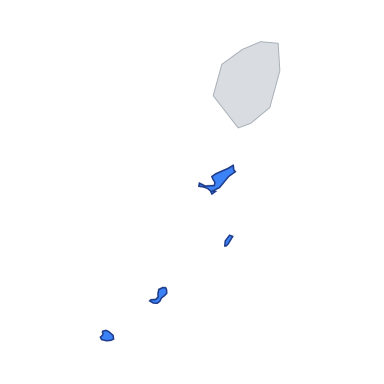 Grenadines highlighted on a map of Saint Vincent and the Grenadines, rotated 9°
{"feature_id": "VCT-5064", "entity_name": "Grenadines", "entity_type": "Parish", "adm_level": 1, "iso_a3": "VCT", "parent_name": "Saint Vincent and the Grenadines", "parent_adm1": "", "projection": "mercator", "projection_center": [-61.301, 12.818], "detail": "fine", "context": "in_parent", "style": "filled", "palette": "blue", "viewbox_px": 384, "rotation_deg": 9, "n_neighbors": 0, "source": "natural_earth", "source_scale": "10m", "svg_char_len": 1525}
<svg xmlns="http://www.w3.org/2000/svg" viewBox="0 0 384 384"><g transform="rotate(9 192 192)"><path d="M239.4,114.9L227.6,121.5L197.9,93.6L201.5,61.2L219.4,43.3L236.3,32.8L253.8,31.7L259.8,58.5L255.6,96.4L239.4,114.9ZM218.5,182.7L212.1,187.3L215.1,187.3L212.1,190.3L210.0,187.3L206.8,185.4L202.7,184.6L198.0,184.7L198.0,181.6L204.1,183.5L213.2,181.6L213.3,178.3L210.6,175.2L209.3,173.1L212.7,169.8L223.9,162.6L228.7,158.7L229.2,160.3L229.4,161.8L230.0,163.2L231.7,164.6L225.9,170.3L218.5,182.7ZM174.9,306.8L170.8,307.0L167.1,305.6L168.1,304.3L172.7,303.3L174.8,300.6L174.1,296.9L174.3,292.9L177.9,290.4L180.7,290.1L182.0,291.7L182.7,295.4L180.6,298.4L178.3,300.7L177.1,304.3L174.9,306.8Z" fill="#d9dde1" stroke="#a8b0b8" stroke-width="1"/><path d="M231.6,165.2L225.8,170.9L218.5,183.3L212.0,187.9L215.0,187.9L212.0,190.9L209.9,187.9L206.7,186.0L202.6,185.2L197.9,185.3L197.9,182.2L204.0,184.1L213.1,182.2L213.1,178.9L210.5,175.8L209.2,173.7L212.6,170.4L223.8,163.2L228.5,159.3L229.1,160.9L229.3,162.4L229.8,163.8L231.6,165.2ZM180.9,290.8L182.1,292.3L182.9,296.1L180.8,299.0L178.4,301.4L177.3,305.0L175.0,307.4L170.9,307.7L167.3,306.2L168.3,305.0L172.9,304.0L175.0,301.2L174.3,297.6L174.5,293.5L178.1,291.1L180.9,290.8ZM131.6,342.9L136.5,346.0L137.6,349.5L135.1,351.2L130.9,352.3L125.8,351.9L124.2,349.7L125.9,347.6L126.3,345.9L125.4,344.3L125.9,343.2L128.8,342.1L131.6,342.9ZM232.5,235.1L235.9,228.8L239.2,229.5L235.8,237.7L234.1,240.0L232.8,240.2L232.5,235.1Z" fill="#3b82f6" stroke="#1e3a8a" stroke-width="1.5"/></g></svg>